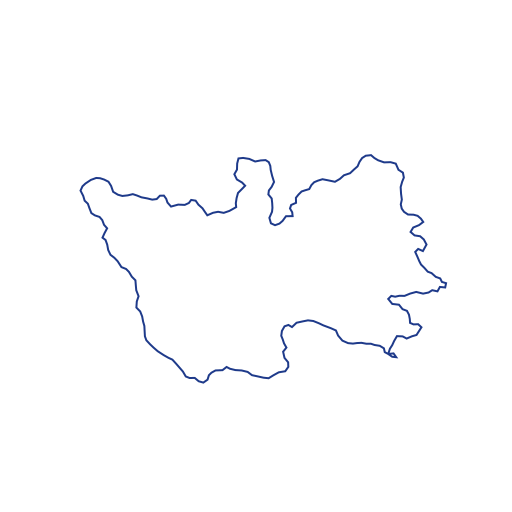 Coluna, Minas Gerais, Brazil (Albers equal-area conic projection), rotated 292°
{"feature_id": "56859067B97930882461373", "entity_name": "Coluna", "entity_type": "district", "adm_level": 2, "iso_a3": "BRA", "parent_name": "Brazil", "parent_adm1": "Minas Gerais", "projection": "albers", "projection_center": [-42.832, -18.236], "detail": "fine", "context": "isolated", "style": "outline", "palette": "blue", "viewbox_px": 512, "rotation_deg": 292, "n_neighbors": 0, "source": "geoboundaries", "source_scale": "gbopen_adm2", "svg_char_len": 3450}
<svg xmlns="http://www.w3.org/2000/svg" viewBox="0 0 512 512"><g transform="rotate(292 256 256)"><path d="M214.7,415.3L220.2,414.9L224.4,415.7L228.9,415.9L234.5,416.7L236.4,422.1L235.9,426.6L240.0,430.7L242.9,434.4L246.6,435.1L251.9,436.1L253.5,431.9L251.6,427.7L251.7,423.9L255.2,422.2L258.9,419.8L261.7,416.5L261.6,411.8L264.4,406.8L262.6,400.3L265.7,394.7L269.7,396.4L270.4,400.3L272.8,403.8L274.7,408.7L278.9,413.0L282.7,418.0L283.7,425.0L286.8,429.7L290.3,432.2L291.2,437.5L296.2,438.1L297.7,443.2L302.0,442.4L301.6,438.1L304.2,435.2L304.0,430.5L305.9,425.2L305.8,421.1L308.1,416.5L309.9,412.2L312.4,409.3L315.9,405.8L319.4,402.1L323.3,403.7L323.1,408.9L330.5,409.8L334.2,405.4L335.8,400.8L334.5,395.3L336.2,390.3L341.3,391.1L345.7,395.6L350.2,398.3L352.4,394.9L353.8,390.8L353.3,386.6L351.4,381.4L352.4,376.7L354.5,373.4L358.1,370.9L362.9,370.1L368.0,367.2L374.1,364.3L379.6,363.7L384.1,363.7L388.3,361.0L389.3,355.8L394.0,351.0L393.4,345.6L390.8,339.7L390.5,333.3L391.2,329.0L392.6,324.9L390.1,320.2L386.6,317.7L382.1,316.7L377.2,316.6L372.8,314.4L368.0,312.2L363.8,307.3L358.9,304.9L354.4,301.4L353.2,294.6L352.1,288.9L349.0,285.1L346.2,282.3L342.5,280.8L338.0,280.3L335.3,276.9L332.9,274.1L328.9,272.4L324.9,271.2L320.3,273.2L316.5,269.5L312.8,269.7L310.1,273.2L306.7,275.0L304.1,268.9L298.5,267.5L294.8,265.6L291.7,262.1L291.9,257.6L296.4,254.1L303.0,254.3L306.8,253.2L311.1,251.2L315.2,249.0L317.7,244.4L321.6,243.4L325.9,244.6L331.4,245.0L336.4,240.9L341.3,237.4L344.9,235.5L347.8,232.7L348.5,229.0L346.4,224.6L343.3,219.8L343.5,213.4L342.1,207.3L339.9,203.2L334.7,203.9L329.0,206.0L323.7,205.3L319.8,209.6L318.9,215.6L317.1,219.6L313.4,218.1L307.7,215.7L302.5,216.3L297.4,217.5L293.9,219.3L291.0,217.0L287.8,214.4L283.9,209.9L282.8,204.3L280.0,200.0L275.5,195.6L277.9,191.9L280.2,188.5L282.0,183.4L284.7,179.3L283.7,174.9L280.0,173.9L276.7,170.8L274.5,164.6L270.0,158.7L272.4,153.9L275.4,151.3L277.5,148.0L275.9,144.3L271.6,142.6L269.4,138.7L268.7,133.8L267.5,127.8L267.5,122.9L267.2,118.6L264.2,114.4L261.6,109.6L261.1,105.0L262.0,99.5L266.7,95.4L269.6,91.4L270.0,86.5L269.7,82.3L268.5,78.6L264.7,74.4L259.3,70.7L255.6,69.0L250.9,68.8L247.0,73.3L243.1,76.4L241.5,80.5L238.0,83.6L234.1,87.3L233.3,91.4L233.6,96.3L231.7,100.0L228.0,103.4L225.9,107.6L220.5,107.0L215.5,106.8L214.5,110.5L210.8,113.8L206.2,116.7L202.6,120.6L201.3,125.3L199.3,129.7L195.3,135.4L195.3,140.4L193.7,144.1L190.3,148.6L188.3,153.3L183.7,155.6L179.4,157.8L174.7,162.2L169.2,162.5L163.4,164.4L161.2,169.4L157.3,173.1L152.9,175.9L149.3,178.7L145.0,180.7L139.9,183.1L136.8,185.9L134.5,190.8L132.7,195.3L130.9,200.5L129.5,207.7L128.8,213.0L128.6,217.3L126.1,222.5L123.9,226.8L121.5,231.5L118.0,236.0L118.0,240.1L120.0,244.9L118.4,249.8L118.9,254.6L123.2,257.4L127.8,257.0L131.1,258.4L134.7,261.3L137.6,267.7L142.1,270.3L141.7,274.1L142.5,279.6L144.5,285.6L145.4,291.7L144.0,296.9L145.0,302.6L146.0,308.6L147.4,313.5L151.9,316.8L156.7,320.7L160.1,326.3L165.3,327.5L169.5,325.6L172.2,320.6L177.4,317.0L182.5,318.5L185.5,314.7L188.6,312.1L191.5,309.3L196.2,308.1L201.5,308.8L204.2,311.9L203.6,316.0L209.3,318.6L213.0,324.0L215.8,328.3L217.2,333.5L217.2,339.5L216.9,344.3L217.1,352.4L216.9,358.0L213.0,361.9L209.9,367.8L209.7,374.0L211.1,378.7L213.1,382.2L215.0,386.3L216.0,391.2L217.7,395.4L217.9,399.2L219.1,404.4L218.3,409.2L215.1,411.4L214.7,415.3ZM214.7,415.3L213.6,420.0L214.7,423.9L217.2,420.0L214.7,415.3Z" fill="none" stroke="#1e3a8a" stroke-width="2"/></g></svg>